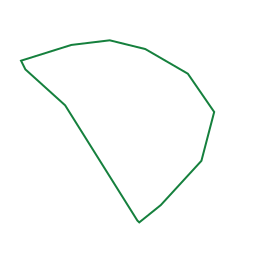 SVG path tracing the border of Saint Lucy, rotated 76°
{"feature_id": "BRB-1995", "entity_name": "Saint Lucy", "entity_type": "Parish", "adm_level": 1, "iso_a3": "BRB", "parent_name": "Barbados", "parent_adm1": "", "projection": "orthographic", "projection_center": [-59.624, 13.309], "detail": "fine", "context": "isolated", "style": "outline", "palette": "green", "viewbox_px": 256, "rotation_deg": 76, "n_neighbors": 0, "source": "natural_earth", "source_scale": "10m", "svg_char_len": 309}
<svg xmlns="http://www.w3.org/2000/svg" viewBox="0 0 256 256"><g transform="rotate(76 128 128)"><path d="M36.8,215.5L33.7,162.9L38.5,124.5L55.6,92.1L89.8,56.8L133.3,40.5L177.6,64.7L210.7,114.8L222.3,139.9L220.1,141.3L90.8,183.5L46.3,213.4L36.8,215.5Z" fill="none" stroke="#15803d" stroke-width="2"/></g></svg>